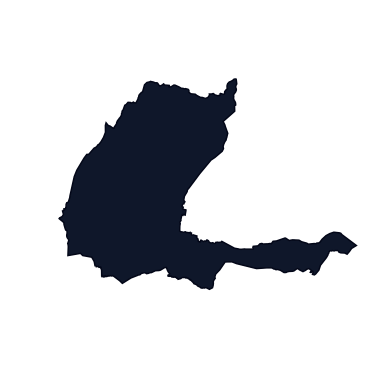 outline of Buntesti, Bihor, Romania, rotated 341°
{"feature_id": "2599482B87809505913466", "entity_name": "Buntesti", "entity_type": "district", "adm_level": 2, "iso_a3": "ROU", "parent_name": "Romania", "parent_adm1": "Bihor", "projection": "mercator", "projection_center": [22.534, 46.609], "detail": "fine", "context": "isolated", "style": "filled", "palette": "ink", "viewbox_px": 384, "rotation_deg": 341, "n_neighbors": 0, "source": "geoboundaries", "source_scale": "gbopen_adm2", "svg_char_len": 5958}
<svg xmlns="http://www.w3.org/2000/svg" viewBox="0 0 384 384"><g transform="rotate(341 192 192)"><path d="M154.8,269.6L157.9,270.7L158.1,271.1L158.5,270.8L159.0,271.1L159.2,271.8L160.1,272.0L160.3,272.8L160.9,273.2L161.2,273.9L162.0,274.3L161.7,274.6L162.5,275.5L162.9,276.5L163.5,277.4L163.5,277.9L164.1,278.4L163.9,279.2L166.2,281.2L166.7,282.6L168.9,284.8L169.0,285.3L169.7,285.9L170.7,286.3L171.8,286.3L172.2,286.8L172.9,286.6L174.5,287.3L176.8,289.7L180.2,289.2L181.4,287.5L182.4,285.5L182.9,283.8L183.6,282.8L185.9,281.1L185.8,279.9L187.7,277.3L192.9,274.6L200.6,268.9L207.0,271.0L210.8,274.2L228.1,285.4L237.8,288.0L242.3,289.5L243.4,290.3L244.0,291.2L245.4,292.0L246.1,292.8L247.7,293.1L250.1,294.8L252.8,298.1L254.7,298.7L256.0,298.5L257.9,298.7L261.3,299.7L262.7,299.8L265.8,298.8L267.0,298.8L267.8,299.7L268.2,300.5L271.0,303.4L273.9,303.0L275.5,302.4L277.7,302.5L279.4,305.1L277.7,306.4L278.3,306.9L280.3,306.3L280.4,307.5L279.1,309.1L280.7,310.2L282.2,309.8L286.5,307.2L289.6,303.1L297.7,297.8L300.0,295.8L300.4,295.1L301.5,294.2L301.8,293.5L302.9,292.7L303.8,292.6L304.9,293.2L305.5,293.0L307.3,294.0L308.2,293.9L310.7,294.8L311.3,295.4L311.2,296.3L311.5,296.8L312.8,297.9L316.5,299.4L318.4,301.3L321.5,299.5L324.5,297.3L330.0,296.1L319.9,281.2L319.2,279.4L317.9,278.5L313.0,276.2L308.7,276.2L304.5,276.9L299.7,279.0L296.6,281.1L294.6,281.5L293.7,280.9L292.3,281.2L290.7,280.5L285.0,279.2L283.9,277.8L279.4,274.7L277.5,272.4L271.5,270.0L268.1,269.5L265.5,266.1L264.9,265.8L255.9,265.8L252.6,265.0L250.2,266.7L249.1,266.1L246.7,265.7L243.6,264.7L243.0,264.8L241.3,263.4L239.4,263.1L236.8,264.4L232.2,263.3L231.5,264.2L231.6,264.8L231.4,265.7L230.5,265.7L224.3,263.6L223.2,263.0L219.8,262.2L218.1,261.5L217.3,260.9L213.9,259.0L204.1,248.4L203.4,248.9L200.8,248.4L199.9,247.8L198.1,247.4L197.5,248.1L197.0,248.1L195.9,247.7L195.2,246.7L193.6,246.5L192.8,246.1L191.9,244.9L191.7,243.5L190.8,242.4L190.3,242.2L188.9,243.1L187.9,242.4L186.5,242.5L185.0,240.5L184.7,240.4L184.0,241.0L183.5,241.9L183.2,242.0L183.1,241.6L181.9,240.8L182.3,238.5L181.9,238.3L182.1,237.7L181.5,236.6L182.3,235.2L179.1,232.9L178.4,233.0L177.8,232.7L177.6,232.0L178.1,230.6L177.0,230.2L177.1,229.6L176.1,229.6L173.9,228.5L173.2,228.5L172.9,228.1L173.0,227.7L172.6,227.4L170.8,227.4L169.8,226.6L168.4,225.9L167.7,224.8L169.4,220.2L170.6,218.0L170.6,216.7L172.3,215.3L172.5,214.4L174.9,210.5L175.8,211.1L176.3,210.3L178.0,211.6L180.2,207.6L180.4,206.9L177.8,205.4L178.3,204.2L178.8,203.5L177.8,202.4L178.7,201.1L180.4,200.1L180.7,200.3L181.0,199.6L182.1,199.0L181.5,197.1L183.4,193.6L187.5,190.1L188.2,188.8L189.1,188.0L189.8,187.7L205.2,177.2L220.3,168.0L224.8,166.8L233.8,163.3L235.9,161.2L236.2,159.2L237.5,157.2L239.5,155.1L241.3,153.8L241.6,152.8L242.4,152.1L244.3,149.0L244.9,148.2L244.8,140.9L244.9,139.2L244.4,135.4L258.7,129.5L260.2,124.6L260.8,124.1L261.5,124.1L261.9,123.2L262.2,121.5L262.0,119.9L261.6,119.1L261.8,118.1L261.7,117.2L262.6,115.2L262.8,114.0L263.3,113.3L265.9,111.5L267.1,110.0L267.4,108.9L267.4,107.5L267.6,106.6L268.5,105.3L269.5,104.4L270.5,99.7L269.7,99.2L268.4,99.0L266.3,99.9L265.2,99.9L264.5,100.2L263.1,100.1L261.0,101.2L259.9,102.6L259.4,103.8L259.0,105.4L259.2,106.0L257.8,106.3L255.6,107.7L254.8,109.6L254.4,109.9L253.4,109.8L251.0,108.1L250.4,108.4L250.3,109.1L249.6,109.8L248.8,109.4L247.9,109.5L245.1,107.5L244.8,107.0L244.7,106.5L244.1,105.8L242.4,105.7L240.3,105.0L240.1,106.1L237.8,107.8L235.1,107.9L232.6,106.0L230.7,105.2L227.9,102.2L226.9,100.6L222.9,98.8L221.5,96.7L221.5,96.3L222.0,95.6L222.1,94.8L222.0,94.2L221.7,93.6L219.4,92.1L218.7,92.2L217.1,91.0L215.8,90.6L213.9,88.4L210.7,85.4L209.6,85.0L206.6,85.7L205.2,85.5L204.4,84.9L205.2,84.1L205.2,83.8L200.6,81.8L200.6,80.9L200.3,80.5L199.0,81.1L196.3,81.4L195.7,80.6L195.1,79.0L195.1,78.3L194.5,77.4L192.1,76.5L191.8,75.8L188.7,73.9L188.0,74.1L185.0,73.8L182.0,75.2L177.9,81.2L176.6,81.4L173.9,82.8L173.0,83.8L172.5,84.8L171.6,85.6L171.2,86.5L168.0,89.5L166.0,88.7L166.0,88.0L163.3,88.1L163.0,87.8L162.9,87.3L160.7,86.4L158.1,87.9L156.7,88.1L153.5,92.1L152.7,92.4L152.0,93.3L152.1,93.9L151.1,94.6L150.3,96.4L148.5,98.0L147.9,98.3L147.8,98.7L147.1,98.7L146.5,99.3L144.8,100.3L144.9,100.8L143.5,101.5L143.4,102.3L142.4,103.3L139.4,105.5L139.3,106.2L138.3,106.2L136.0,103.0L134.5,101.9L133.3,98.6L131.8,100.8L129.6,107.4L126.1,111.6L122.3,114.9L119.6,116.6L118.1,116.9L117.0,117.9L115.7,118.4L113.6,118.7L106.6,122.8L104.8,122.2L101.0,124.8L90.2,133.9L85.7,139.1L75.5,155.7L74.6,157.5L72.0,161.0L70.9,161.5L70.1,161.4L69.0,162.6L67.9,165.5L67.6,165.5L66.9,166.7L65.5,166.2L65.0,167.6L64.3,167.5L64.2,167.8L63.4,167.8L63.2,171.3L61.2,173.0L60.0,173.1L59.9,173.3L58.5,173.3L57.7,173.9L60.9,179.2L60.4,181.1L60.2,185.1L60.2,186.8L61.0,187.8L61.1,188.3L60.5,190.2L59.5,192.0L59.1,193.6L59.2,194.8L59.8,196.6L59.7,197.7L57.7,200.3L57.7,201.5L57.2,203.5L54.0,211.7L66.6,213.7L68.0,216.5L76.0,221.0L76.9,225.9L76.3,230.2L77.2,230.7L77.4,231.2L77.3,231.5L79.3,231.8L79.2,232.3L79.6,233.0L81.0,233.2L81.0,234.1L81.3,234.0L81.0,236.7L79.2,242.2L79.3,242.5L79.5,242.4L79.4,242.7L80.6,243.2L80.7,242.7L81.2,243.1L81.0,243.6L81.3,243.7L81.5,243.5L82.1,243.6L82.1,243.2L82.4,243.2L82.4,242.9L82.8,242.9L83.2,244.0L84.0,244.1L84.3,243.9L84.5,244.1L85.1,243.7L85.3,243.8L85.1,244.1L85.7,244.3L85.8,243.9L86.0,244.0L86.4,244.5L87.4,244.4L87.6,244.7L88.4,244.8L88.9,245.4L89.9,245.2L94.7,252.3L96.4,255.7L106.3,253.4L113.7,253.1L114.0,252.8L115.1,253.2L116.3,253.2L117.5,252.5L120.6,252.8L121.6,253.3L122.4,254.4L124.2,254.7L125.9,254.6L127.4,255.0L131.8,254.5L135.2,255.5L136.8,255.6L141.3,254.6L143.2,255.0L143.3,258.2L143.6,260.0L144.3,261.8L143.3,262.6L143.3,263.0L142.3,262.8L141.9,263.5L142.1,263.8L142.7,263.7L142.7,264.1L143.8,264.6L144.5,264.6L145.2,265.1L145.1,265.4L145.4,266.0L146.4,266.1L146.9,266.6L147.8,266.7L148.4,267.1L148.7,267.0L149.3,268.1L149.6,268.2L149.5,268.5L150.3,269.3L150.4,270.0L153.2,270.2L154.8,269.6Z" fill="#0f172a" stroke="#020617" stroke-width="1.5"/></g></svg>